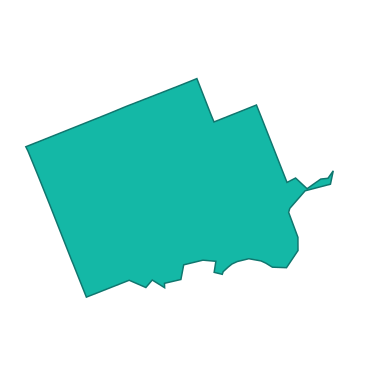 outline of Faulkner, Arkansas, United States of America, rotated 247°
{"feature_id": "52423323B52169661365979", "entity_name": "Faulkner", "entity_type": "district", "adm_level": 2, "iso_a3": "USA", "parent_name": "United States of America", "parent_adm1": "Arkansas", "projection": "robinson", "projection_center": [-92.416, 35.105], "detail": "fine", "context": "isolated", "style": "filled", "palette": "teal", "viewbox_px": 384, "rotation_deg": 247, "n_neighbors": 0, "source": "geoboundaries", "source_scale": "gbopen_adm2", "svg_char_len": 747}
<svg xmlns="http://www.w3.org/2000/svg" viewBox="0 0 384 384"><g transform="rotate(247 192 192)"><path d="M104.4,187.7L106.5,189.6L108.8,196.1L110.1,200.7L110.3,206.5L108.4,218.2L101.6,228.6L97.6,232.2L91.4,236.6L85.4,249.4L96.7,266.7L108.9,271.8L135.5,273.0L138.7,275.6L148.9,296.6L145.1,322.5L156.3,330.3L151.5,322.5L153.6,315.6L150.1,299.2L164.4,292.8L163.7,283.2L232.8,285.0L246.9,285.3L247.9,239.6L256.5,239.7L294.5,240.8L294.6,232.8L295.1,212.3L296.5,164.9L296.7,143.6L298.6,56.7L293.6,57.0L267.7,56.7L236.7,56.1L175.8,54.5L172.3,54.5L136.5,53.7L135.3,99.7L122.1,112.2L126.5,121.0L114.6,129.4L118.7,131.0L115.8,147.6L128.2,155.9L125.0,175.4L118.9,186.9L109.4,181.0L104.4,187.7Z" fill="#14b8a6" stroke="#0f766e" stroke-width="1.5"/></g></svg>